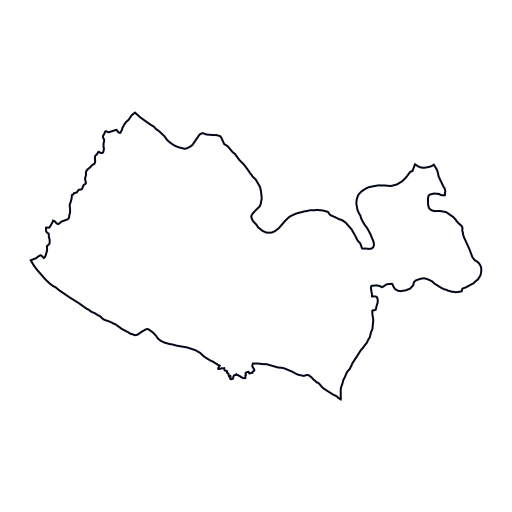 Munshiganj, Dhaka, Bangladesh (Natural Earth projection)
{"feature_id": "16705992B99884694518333", "entity_name": "Munshiganj", "entity_type": "district", "adm_level": 2, "iso_a3": "BGD", "parent_name": "Bangladesh", "parent_adm1": "Dhaka", "projection": "natural_earth1", "projection_center": [90.458, 23.527], "detail": "fine", "context": "isolated", "style": "outline", "palette": "ink", "viewbox_px": 512, "rotation_deg": 0, "n_neighbors": 0, "source": "geoboundaries", "source_scale": "gbopen_adm2", "svg_char_len": 6032}
<svg xmlns="http://www.w3.org/2000/svg" viewBox="0 0 512 512"><path d="M462.1,289.2L462.7,288.5L465.6,287.5L473.8,283.1L475.0,281.7L478.1,279.3L478.8,277.9L479.9,276.4L480.8,274.3L481.3,271.0L481.1,267.3L480.1,265.0L478.7,262.9L476.4,261.1L474.7,260.2L472.5,257.4L469.2,248.7L463.8,236.9L463.0,234.0L462.9,232.6L462.2,230.5L462.5,228.6L462.4,227.8L461.7,226.0L458.0,222.8L457.2,221.7L456.4,221.0L455.9,219.9L453.1,216.9L451.7,216.0L451.4,215.6L450.6,215.3L447.1,212.7L445.6,212.0L440.1,211.0L434.8,211.1L433.3,210.8L432.2,210.5L430.2,209.4L428.9,207.9L428.1,204.7L427.9,198.6L428.5,195.9L429.1,195.1L430.1,194.5L434.1,193.5L436.4,193.8L437.8,193.7L438.5,194.1L439.4,194.0L440.5,194.9L441.3,195.1L444.2,195.4L444.8,195.3L445.0,194.7L444.9,192.8L445.3,191.9L445.3,191.2L444.5,188.0L443.7,187.1L438.7,176.7L437.7,172.0L436.5,169.0L433.8,164.7L432.5,165.6L430.3,166.6L425.7,167.6L423.2,167.8L420.2,167.3L419.9,167.0L418.5,166.6L415.0,164.3L412.5,170.9L411.9,171.3L410.7,171.6L410.2,171.9L405.9,177.6L403.0,180.5L401.5,181.7L397.0,184.4L392.3,185.7L390.3,186.0L385.0,185.5L378.1,185.4L369.0,187.1L366.1,188.4L361.7,191.2L358.9,194.1L358.2,195.2L357.1,198.0L356.7,199.8L356.3,203.2L357.4,209.7L359.0,213.4L360.4,215.6L360.9,217.7L362.2,220.6L364.5,224.6L367.3,228.3L370.2,233.7L373.3,241.1L373.8,243.1L374.0,245.0L373.2,247.3L371.6,248.6L369.0,248.9L365.3,248.5L363.0,248.7L362.0,248.4L361.0,245.3L360.0,243.1L358.1,241.1L357.1,239.7L355.8,236.8L351.6,229.4L346.0,223.0L344.3,221.6L343.1,221.0L343.1,220.7L340.6,219.5L339.6,219.5L336.0,217.6L330.5,215.2L329.3,213.9L327.9,211.9L324.1,210.8L322.1,210.4L316.5,209.9L314.4,210.3L310.7,210.2L307.6,210.8L306.8,211.2L305.5,211.1L296.6,213.4L291.4,215.7L288.8,217.3L285.0,221.0L278.9,228.1L275.7,230.6L273.8,231.7L271.7,232.6L267.0,232.7L264.7,231.9L262.3,230.7L258.0,227.2L256.4,224.7L252.8,220.9L251.3,217.1L251.4,215.7L252.8,213.4L255.9,210.0L259.3,206.8L260.1,205.7L260.7,203.9L261.6,199.1L261.7,197.6L261.0,191.4L260.1,187.1L255.7,179.5L252.4,176.4L251.8,175.2L250.3,173.5L247.8,169.7L244.0,164.7L239.1,159.7L235.0,154.0L232.5,152.0L228.2,146.8L226.6,145.5L224.2,144.1L221.1,137.3L220.2,136.2L216.3,135.0L213.8,135.1L206.4,134.5L203.0,133.2L201.8,133.3L200.0,134.3L199.3,134.9L192.5,144.9L190.1,146.7L186.9,148.3L184.6,148.8L178.0,147.1L175.0,145.8L172.6,144.4L168.8,141.6L166.8,139.6L164.5,136.3L159.1,131.2L156.0,129.0L153.9,126.7L150.1,124.4L140.3,117.4L135.0,112.6L131.8,115.1L128.8,119.6L125.9,122.2L124.7,123.8L122.5,127.8L121.8,130.1L120.3,132.9L119.7,132.9L118.6,132.4L117.9,131.8L116.7,130.0L116.3,129.8L108.7,132.3L107.2,131.8L106.0,131.2L105.2,131.5L104.2,134.1L103.0,135.8L102.9,136.4L103.0,137.6L103.8,138.9L104.2,140.2L104.0,141.9L103.5,143.5L103.6,147.7L104.0,148.7L103.3,151.9L102.8,152.7L101.7,153.1L100.0,152.7L99.1,151.9L98.5,151.9L98.1,152.3L96.9,154.3L95.5,155.5L95.1,156.3L94.9,158.5L95.2,161.5L94.5,163.7L92.2,165.1L89.8,167.6L87.7,169.3L86.1,171.3L85.9,172.8L86.0,175.1L85.1,178.2L85.1,179.6L85.8,182.0L85.9,183.1L85.6,183.7L83.4,185.3L82.1,188.9L81.0,189.5L78.7,189.8L76.7,192.5L73.9,193.2L73.3,194.4L72.4,194.7L71.9,195.1L71.6,198.5L70.7,202.0L69.8,204.2L69.7,206.1L70.1,209.5L70.0,212.8L69.4,214.7L69.0,217.6L68.5,218.6L67.0,219.6L61.5,221.6L58.4,224.1L56.7,223.5L54.6,221.2L53.1,220.6L52.5,222.3L49.4,227.6L46.1,227.6L46.0,229.0L46.1,230.9L46.4,231.8L47.1,232.6L48.8,233.8L48.8,236.5L49.6,239.6L49.7,241.6L49.6,243.0L49.2,244.1L46.9,246.2L47.1,249.0L46.9,251.2L45.5,255.8L44.8,257.2L43.8,258.0L41.4,255.6L40.3,255.3L38.5,256.3L35.9,258.3L30.7,260.3L34.1,265.9L37.1,269.9L45.4,279.4L49.9,283.7L52.9,285.9L55.7,287.4L59.5,290.5L69.6,297.4L78.9,303.2L86.4,308.6L88.3,309.5L91.4,311.8L94.6,313.1L98.3,315.5L99.2,315.7L101.1,317.1L102.2,318.4L104.3,319.8L109.1,321.4L112.0,322.7L113.2,323.5L115.3,324.2L121.9,329.0L127.5,331.9L131.1,334.1L132.0,334.0L134.7,335.2L136.9,334.9L138.3,334.2L141.6,331.8L145.8,329.4L147.6,329.0L148.6,329.4L152.7,332.3L155.9,335.6L158.1,338.7L158.9,339.4L160.8,340.8L164.2,342.5L169.5,344.0L172.5,344.5L176.8,345.7L186.9,347.4L195.2,350.1L200.0,352.8L203.6,356.2L205.9,357.8L210.5,360.6L213.1,361.7L217.4,364.5L219.7,365.7L218.4,367.7L218.2,368.6L218.3,369.0L220.1,368.8L221.9,368.2L223.4,368.4L224.2,368.2L224.6,370.2L225.2,370.6L227.1,371.2L226.9,372.6L227.7,372.9L228.6,374.2L228.7,375.8L229.1,376.5L229.4,376.7L230.3,376.0L230.5,376.2L230.5,377.2L230.1,378.5L230.6,379.1L231.2,379.2L232.7,378.9L233.1,378.2L233.4,376.5L233.9,375.7L234.3,375.2L235.6,375.0L236.2,374.3L236.7,375.0L238.3,375.2L238.8,375.7L240.9,376.7L241.1,377.2L243.9,378.3L245.4,378.0L245.4,375.4L245.9,375.0L245.5,373.1L245.7,372.7L248.4,371.8L248.9,372.2L249.1,373.2L249.5,373.5L250.1,373.4L251.4,372.8L252.5,372.8L252.8,371.6L254.2,370.7L254.3,369.7L252.3,366.4L252.3,365.6L252.9,363.5L258.0,363.5L262.4,364.1L266.3,364.1L278.0,367.5L281.8,367.8L284.4,368.4L292.5,371.8L296.2,373.9L298.5,374.8L303.7,375.9L306.9,375.0L308.3,375.1L310.9,376.8L314.1,380.1L314.8,380.5L316.7,382.4L317.8,382.7L319.2,383.7L322.1,387.2L323.3,388.3L332.9,394.5L336.1,396.0L337.2,396.7L338.2,397.8L340.7,399.4L340.8,398.9L340.7,390.9L340.9,387.8L342.3,384.0L343.3,380.1L344.9,377.1L346.5,373.1L347.9,370.9L349.7,369.1L352.9,362.3L353.7,361.4L354.8,359.5L356.3,357.4L360.8,350.2L363.0,347.8L364.6,345.5L366.6,343.1L368.6,339.1L369.7,337.5L371.2,331.7L372.4,329.1L373.3,319.9L372.4,314.5L372.3,310.7L373.1,310.2L374.2,310.3L375.7,309.7L376.7,305.5L377.5,303.2L377.8,300.8L377.6,299.0L376.8,297.1L375.9,296.6L374.9,296.4L372.0,296.4L372.0,294.2L371.7,293.1L370.9,288.1L371.2,286.1L371.8,285.8L376.6,285.4L380.0,286.1L381.7,287.2L382.2,286.8L383.2,286.7L385.0,285.3L387.1,284.2L391.8,283.8L392.3,284.0L393.5,286.7L395.1,289.1L397.8,290.7L401.2,291.2L402.4,290.8L405.2,290.5L410.0,288.7L413.2,285.3L413.8,282.6L414.4,281.6L416.2,280.2L421.8,278.5L424.3,278.3L427.0,279.0L430.8,280.7L432.0,281.3L434.6,283.7L441.3,287.9L444.5,289.4L446.5,289.8L448.4,290.9L449.2,290.9L452.5,291.9L453.7,291.8L455.3,292.2L457.5,292.1L461.7,291.3L462.1,289.2Z" fill="none" stroke="#020617" stroke-width="2"/></svg>